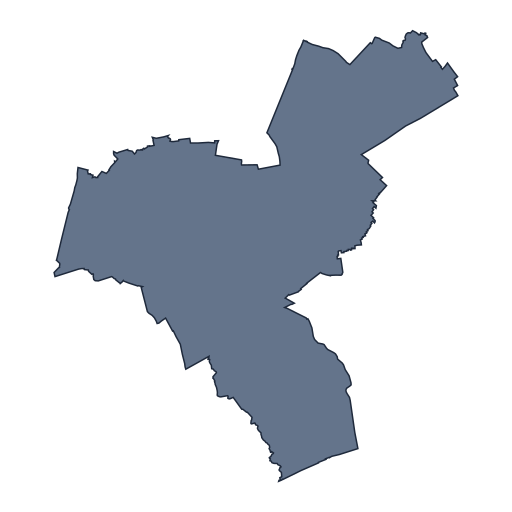 Groningen, Groningen, Netherlands (Albers equal-area conic projection)
{"feature_id": "6326949B19731519413910", "entity_name": "Groningen", "entity_type": "district", "adm_level": 2, "iso_a3": "NLD", "parent_name": "Netherlands", "parent_adm1": "Groningen", "projection": "albers", "projection_center": [6.605, 53.21], "detail": "fine", "context": "isolated", "style": "filled", "palette": "slate", "viewbox_px": 512, "rotation_deg": 0, "n_neighbors": 0, "source": "geoboundaries", "source_scale": "gbopen_adm2", "svg_char_len": 5995}
<svg xmlns="http://www.w3.org/2000/svg" viewBox="0 0 512 512"><path d="M120.2,283.6L122.1,282.0L123.2,280.6L123.3,280.9L128.9,283.1L137.8,286.0L138.3,285.7L142.5,286.6L141.2,287.4L147.4,311.6L149.0,313.3L152.1,315.3L154.4,317.8L156.3,321.2L157.1,323.5L158.9,323.1L161.4,321.0L165.6,318.1L172.6,331.1L173.3,330.8L176.1,336.7L180.3,344.2L182.4,354.5L184.7,363.6L185.1,366.9L185.8,369.2L209.0,356.3L208.8,357.7L208.1,358.7L208.0,359.3L209.4,359.3L209.7,359.5L209.3,361.4L209.7,362.6L211.3,365.2L211.7,368.7L213.4,369.2L214.3,370.7L216.1,371.7L216.3,372.3L216.4,372.7L215.7,373.5L213.0,376.7L213.0,378.2L213.3,378.2L214.9,381.1L214.5,381.6L215.1,383.4L215.2,384.4L216.5,387.4L217.2,390.7L217.4,392.6L217.2,395.1L217.5,395.8L219.4,396.7L220.8,396.9L227.5,395.7L228.1,396.2L227.8,398.2L228.5,398.7L229.7,398.9L233.2,397.4L241.7,409.2L242.9,409.3L246.5,412.2L247.3,412.2L252.0,417.3L251.7,419.3L251.7,419.8L251.2,420.5L251.1,421.3L250.9,423.1L251.0,423.6L251.6,423.9L254.8,423.0L255.3,423.5L255.4,424.4L255.6,424.8L257.1,425.3L258.0,426.1L257.5,427.9L257.5,428.6L258.5,430.5L261.0,432.9L261.0,434.6L261.5,435.8L261.8,437.7L263.4,440.0L264.9,441.1L265.9,442.5L267.2,443.1L267.8,444.1L269.3,445.3L269.7,447.3L269.1,448.7L269.9,449.9L270.6,452.3L271.1,452.4L271.6,451.6L273.5,452.9L273.3,453.5L271.9,454.4L270.9,456.4L269.3,457.6L269.5,458.3L270.3,458.8L269.9,460.7L271.2,461.2L271.9,462.6L272.2,462.8L274.1,463.4L277.2,463.5L277.9,464.7L280.2,465.7L281.0,466.8L280.8,467.2L280.0,467.4L279.8,468.3L279.1,469.8L279.3,470.5L281.4,472.4L281.7,476.7L279.8,477.7L280.2,479.5L279.8,480.2L279.0,480.3L278.7,481.3L282.0,479.9L282.4,479.2L283.0,479.4L301.1,470.5L318.5,462.9L318.4,462.4L325.9,459.4L325.5,458.8L329.2,457.4L329.4,457.7L331.8,456.3L339.4,454.5L357.9,448.6L354.8,432.5L350.2,400.4L349.5,397.4L347.0,393.5L346.2,391.9L345.9,390.5L346.1,389.3L346.8,388.1L349.9,386.0L351.1,384.9L351.0,382.8L349.1,375.8L345.2,369.6L343.5,364.8L342.2,363.0L337.6,359.1L337.2,356.7L335.5,353.9L333.7,352.6L327.7,349.5L326.4,348.1L324.1,344.6L322.8,344.0L318.1,343.1L314.6,339.5L313.3,336.4L311.9,327.9L309.2,321.1L307.9,318.8L306.9,319.2L306.3,318.0L287.6,308.6L284.7,307.5L291.0,304.3L291.8,304.4L294.3,303.2L285.2,298.1L288.8,294.6L289.4,295.1L298.4,291.8L298.6,291.3L301.2,289.4L300.7,288.6L306.9,283.6L306.6,283.3L320.5,272.5L322.0,273.5L326.4,274.9L329.2,275.5L329.1,275.4L335.8,275.1L341.1,275.2L342.1,274.4L342.1,273.7L342.7,272.8L342.8,272.2L340.8,258.4L337.3,258.8L337.1,256.4L337.8,256.2L337.7,255.1L338.5,255.0L338.2,251.4L338.9,250.9L341.0,250.6L341.4,252.8L343.9,252.6L343.9,251.6L346.7,251.2L346.8,250.5L348.2,250.5L348.3,249.4L350.5,249.5L350.5,250.1L350.9,250.1L351.6,249.8L351.6,248.2L353.2,248.2L353.2,248.7L355.0,248.6L354.9,245.8L357.1,245.2L361.4,244.9L361.2,243.0L360.4,239.9L362.1,239.1L361.7,238.1L363.2,237.4L362.8,236.6L365.5,235.8L364.9,233.9L366.4,233.2L366.3,232.9L366.9,232.6L366.4,231.5L368.0,230.7L367.5,229.6L369.2,228.6L370.8,226.0L370.3,225.2L371.9,223.4L371.1,222.4L372.8,221.1L374.5,222.9L375.1,221.7L375.1,220.6L373.0,218.4L373.6,217.8L371.0,215.3L373.2,213.0L372.0,211.8L373.6,209.7L372.5,208.6L374.1,206.6L375.9,208.2L376.4,205.6L373.0,202.7L373.6,202.0L372.1,200.8L375.7,200.8L375.2,200.3L375.1,199.7L377.2,196.9L377.0,196.7L379.3,194.1L378.7,193.7L379.2,193.1L379.6,193.4L380.6,192.2L380.7,192.3L386.6,185.6L380.1,179.7L382.5,177.5L368.2,163.7L368.0,163.0L368.6,160.5L368.6,160.2L361.3,154.6L384.8,140.5L405.6,126.0L420.7,118.2L457.9,95.7L455.8,92.0L454.3,90.1L453.5,88.0L457.6,85.5L454.3,79.2L457.6,76.7L453.9,71.9L447.5,63.0L444.9,66.6L442.4,69.3L440.8,67.2L441.3,66.8L435.7,59.7L432.5,61.4L425.9,52.5L423.4,47.5L421.8,43.7L421.7,42.1L427.6,37.5L426.9,35.7L425.2,34.9L425.8,33.3L425.0,33.0L424.6,33.9L420.8,32.9L420.9,33.5L420.2,34.8L419.2,34.3L418.9,34.9L416.5,32.7L412.6,30.7L410.4,33.0L408.9,32.7L407.7,32.9L406.2,34.1L405.3,36.2L405.0,37.5L405.5,38.9L405.2,40.0L404.9,40.4L403.7,40.4L402.9,41.1L403.2,41.6L403.2,42.3L401.8,45.0L401.6,47.5L397.9,48.3L393.0,45.9L389.2,43.0L381.7,40.1L379.5,38.4L375.3,37.2L374.7,37.7L372.1,43.5L371.6,43.7L370.3,42.7L349.9,64.6L346.3,62.3L346.0,61.6L338.1,53.7L333.2,50.6L328.6,48.6L322.9,47.7L318.8,46.2L312.3,44.5L307.6,42.3L306.9,41.8L307.1,41.5L306.0,41.0L305.8,41.4L303.6,40.3L303.4,40.8L303.1,40.9L303.1,41.5L300.9,46.9L299.0,50.2L297.5,53.9L297.4,54.1L297.5,54.2L296.9,55.4L295.5,59.8L294.8,63.7L293.1,68.3L292.3,68.5L292.0,69.5L292.6,69.7L292.2,70.6L266.9,132.8L269.1,135.0L270.0,136.8L275.0,143.6L276.8,146.8L278.3,153.3L279.3,156.7L279.9,161.2L280.1,165.1L258.4,169.2L257.1,164.8L241.6,165.0L241.4,163.5L241.7,161.3L241.5,159.9L215.4,155.3L217.0,144.3L218.5,140.7L214.7,140.8L214.6,142.9L208.4,142.4L198.3,143.0L190.5,143.0L189.7,138.4L178.8,139.7L178.7,140.9L173.2,141.6L171.2,141.5L169.9,141.1L170.5,139.7L170.3,138.9L169.4,138.2L168.5,138.1L167.5,136.6L168.4,135.5L163.6,136.9L156.3,138.3L152.3,137.3L153.3,139.9L153.0,140.4L154.1,145.4L149.6,146.3L149.6,145.8L147.5,146.1L147.5,147.0L144.3,149.0L143.8,148.3L142.3,149.4L142.4,150.0L141.6,150.0L141.0,149.6L140.1,150.1L137.5,150.0L136.6,150.6L136.0,152.5L134.5,154.0L132.2,151.2L128.2,150.5L127.9,150.3L127.7,149.5L118.8,152.2L117.0,153.2L113.6,151.5L113.6,153.7L114.1,155.2L117.8,159.0L115.3,161.9L114.6,161.3L114.7,162.7L110.9,166.7L108.9,169.9L109.3,170.3L106.3,173.4L101.9,171.5L97.4,177.0L97.6,177.5L95.9,177.6L95.3,177.0L94.6,176.9L92.4,177.6L93.0,175.2L90.4,174.5L90.4,173.8L88.2,173.9L87.5,171.0L88.0,170.1L78.0,167.5L77.3,173.7L77.4,178.0L77.0,180.2L75.8,184.9L74.8,187.5L74.2,190.9L70.4,204.1L68.6,207.9L68.7,208.9L69.4,209.6L68.2,212.2L61.6,238.9L56.6,260.0L56.4,260.2L59.7,263.3L59.8,264.5L59.4,266.8L59.5,267.4L58.6,267.8L54.1,272.5L55.0,276.6L78.6,269.1L81.3,268.6L84.1,268.5L84.1,269.3L84.4,269.6L88.3,270.0L88.5,271.1L89.0,271.7L91.8,274.3L93.0,273.8L93.4,274.7L93.2,276.1L93.8,279.5L95.2,280.7L98.3,280.9L111.6,276.6L112.6,277.1L114.2,278.6L115.5,279.0L115.7,279.8L119.3,282.7L119.8,282.8L120.2,283.6Z" fill="#64748b" stroke="#1e293b" stroke-width="1.5"/></svg>